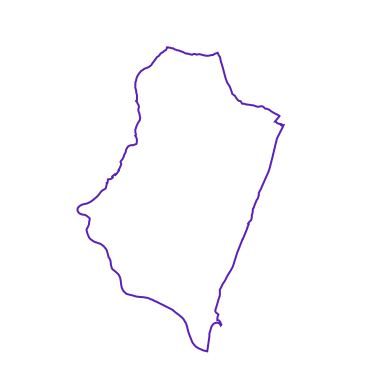 Diculesti, Vâlcea, Romania, rotated 313°
{"feature_id": "2599482B34866762806062", "entity_name": "Diculesti", "entity_type": "district", "adm_level": 2, "iso_a3": "ROU", "parent_name": "Romania", "parent_adm1": "Vâlcea", "projection": "orthographic", "projection_center": [24.005, 44.61], "detail": "fine", "context": "isolated", "style": "outline", "palette": "violet", "viewbox_px": 384, "rotation_deg": 313, "n_neighbors": 0, "source": "geoboundaries", "source_scale": "gbopen_adm2", "svg_char_len": 5950}
<svg xmlns="http://www.w3.org/2000/svg" viewBox="0 0 384 384"><g transform="rotate(313 192 192)"><path d="M307.2,204.2L307.1,202.7L306.1,199.6L305.5,197.3L305.3,196.1L305.0,195.0L304.8,192.2L304.5,191.5L303.9,190.1L303.7,189.6L303.1,189.0L302.9,188.6L302.9,186.2L302.7,185.4L302.4,184.6L301.8,184.0L299.2,182.1L298.1,179.9L297.5,178.4L297.1,177.6L296.0,176.2L295.0,174.6L294.2,173.6L293.5,172.5L292.9,171.8L292.6,171.1L292.3,170.3L291.9,169.7L291.0,168.8L290.8,168.4L290.9,168.0L291.5,165.8L291.4,165.3L291.3,164.9L290.6,164.1L290.5,163.6L290.5,162.5L290.7,161.9L290.8,160.3L291.2,159.2L291.6,158.1L291.4,156.8L291.4,155.8L291.2,154.7L291.5,154.1L292.8,151.8L294.3,148.9L295.0,147.3L295.5,145.3L295.9,143.6L296.6,142.0L297.0,141.2L298.1,139.0L304.5,128.8L305.8,126.5L306.5,125.4L306.7,124.8L308.1,122.7L309.3,121.2L309.8,120.4L310.0,119.3L310.2,118.5L311.1,116.3L311.3,115.8L310.3,115.3L309.5,114.9L308.3,114.3L307.3,114.0L306.6,114.0L305.9,113.4L305.6,113.0L305.3,112.7L303.9,111.9L302.1,110.4L301.3,109.4L300.2,107.7L299.6,106.5L298.4,104.4L298.0,103.6L297.1,102.8L295.7,101.7L295.4,101.4L295.3,101.1L295.2,100.7L295.1,100.3L294.3,99.3L293.7,98.9L292.8,98.6L292.5,98.5L292.2,98.1L290.6,95.2L290.2,94.3L289.4,93.4L288.9,92.7L288.8,92.1L288.3,90.3L288.2,89.7L287.2,87.7L287.0,87.0L286.6,86.2L286.2,85.3L285.6,84.6L285.3,83.9L285.0,83.0L284.7,82.5L284.4,81.6L284.3,80.5L284.1,80.1L283.5,79.4L282.6,77.6L281.9,76.9L281.4,75.6L281.1,75.3L280.9,75.1L280.7,75.1L280.4,75.1L280.1,75.4L279.9,75.6L278.7,76.0L278.1,76.1L277.6,76.0L276.5,75.5L276.1,75.5L274.3,75.4L273.8,75.1L272.3,74.7L271.5,74.6L271.0,74.7L269.8,74.9L268.8,74.9L267.1,74.5L266.4,74.4L264.1,74.8L263.5,74.7L263.2,74.7L263.0,74.8L262.6,75.0L261.8,75.0L260.0,75.2L258.9,75.3L256.9,75.7L254.1,75.2L251.5,74.1L250.3,73.4L249.5,73.1L247.3,72.7L245.7,72.2L245.3,72.2L244.1,72.4L242.7,72.4L241.1,72.7L239.6,73.0L236.8,74.1L235.1,75.3L233.9,75.6L229.7,79.3L228.1,81.9L226.2,84.1L225.4,85.6L221.8,89.0L220.4,89.0L220.4,89.6L220.3,89.8L220.5,90.1L220.2,90.8L219.8,91.4L219.5,92.1L219.3,93.0L218.9,94.1L217.8,95.4L215.9,96.3L215.0,97.2L214.3,98.3L213.4,100.1L210.8,103.7L208.7,104.9L205.6,105.4L202.3,106.5L198.7,108.2L197.1,109.8L195.7,112.0L195.2,112.1L194.5,112.0L194.3,112.9L193.8,114.3L192.6,116.2L190.0,118.2L189.6,118.4L189.3,118.5L189.0,118.5L185.8,116.8L185.2,115.9L184.2,115.2L182.2,114.3L181.1,114.2L177.9,115.0L177.4,115.2L177.0,115.6L175.8,116.3L174.9,116.6L173.5,116.9L172.0,117.5L171.3,118.0L168.5,118.8L166.2,118.9L165.5,119.1L165.2,119.2L164.9,119.7L164.8,120.1L164.4,120.9L163.9,121.3L163.5,121.6L159.8,122.9L157.9,123.3L157.9,123.9L153.9,124.4L152.3,124.4L152.5,123.5L148.9,123.0L148.6,124.2L147.4,124.1L146.4,123.8L146.0,123.6L145.3,123.1L143.9,121.9L141.2,123.9L140.4,123.4L139.9,124.1L139.0,124.7L137.6,125.4L136.9,125.9L136.1,126.3L135.0,126.3L132.3,125.5L131.5,125.3L130.3,125.2L126.3,125.7L124.1,125.7L121.8,125.5L119.0,125.1L116.1,124.6L115.0,124.3L113.3,123.6L112.9,123.4L112.3,123.2L111.9,122.9L111.7,122.8L111.0,122.4L109.5,121.3L107.9,120.3L106.7,119.8L106.0,119.6L105.0,119.4L102.8,119.3L102.5,119.4L102.0,119.6L101.1,120.2L100.6,120.7L100.2,121.3L100.0,121.9L99.6,123.0L99.6,123.9L99.8,124.9L100.1,126.0L100.8,127.3L101.8,128.6L102.3,129.6L102.6,130.6L102.8,131.8L103.0,134.7L102.7,135.4L102.0,136.0L101.5,136.3L99.8,137.3L98.7,138.3L98.3,138.5L97.9,138.8L95.7,139.6L95.1,139.8L93.6,140.1L92.5,140.6L92.2,140.8L90.4,143.7L89.4,145.7L88.6,147.8L88.4,148.4L88.3,149.8L88.4,151.0L88.7,153.1L89.1,155.0L89.9,156.4L90.8,158.6L91.4,159.8L91.9,161.6L92.0,162.5L92.1,164.9L91.6,168.3L91.5,168.7L91.0,169.8L90.6,170.3L90.2,171.1L89.5,172.2L88.3,174.2L87.9,174.8L87.6,175.1L87.4,175.6L87.2,176.7L86.9,177.5L86.6,178.3L86.3,179.1L85.7,179.7L85.4,180.1L84.9,180.7L84.6,181.1L84.0,181.8L83.6,182.1L82.8,183.3L82.2,184.4L81.8,185.0L81.3,186.2L81.4,187.8L81.5,188.7L81.5,189.5L81.6,190.6L81.6,193.8L81.4,195.3L80.8,196.6L80.6,197.4L80.0,198.3L78.1,200.9L77.1,202.0L75.0,204.6L74.2,205.8L73.2,208.1L72.9,209.3L72.7,210.4L72.8,211.8L72.8,213.4L73.6,215.1L75.9,219.2L77.4,222.3L79.1,224.7L82.2,228.6L84.1,231.5L85.0,233.3L85.3,234.8L86.2,236.4L86.7,238.9L87.7,241.2L88.1,242.9L89.7,248.1L90.6,251.4L91.1,252.9L91.5,254.4L92.2,256.7L92.5,258.2L92.6,259.1L92.6,259.8L92.7,262.4L92.8,262.8L92.9,264.3L93.2,266.3L93.2,267.8L93.4,270.1L93.3,271.5L93.2,272.6L92.6,274.6L92.2,275.6L92.1,276.7L90.4,279.9L87.5,284.2L85.5,288.0L84.0,291.2L83.2,292.9L82.4,294.5L82.0,296.0L81.6,299.3L81.5,300.3L81.7,301.6L82.4,304.1L83.8,308.1L84.8,310.0L85.9,311.8L98.1,303.3L99.0,302.5L99.7,301.9L100.4,301.2L102.6,300.2L104.4,299.2L106.5,298.2L107.5,297.9L109.3,297.7L110.8,297.8L112.2,298.4L113.3,299.2L114.0,300.2L114.3,300.9L114.4,301.5L114.4,302.1L114.3,302.8L114.2,303.6L114.0,304.0L115.1,303.9L115.4,302.6L116.1,301.6L116.4,300.2L116.4,299.2L115.8,298.1L115.6,297.9L117.2,296.4L118.1,295.9L120.4,294.9L120.4,293.3L120.2,292.8L120.2,292.0L120.4,291.2L120.7,290.4L121.0,290.1L122.0,289.4L127.8,286.6L131.0,284.9L134.6,283.3L135.3,282.9L137.8,280.7L138.9,279.6L139.3,279.1L140.3,278.8L143.2,278.0L145.6,277.2L149.7,276.6L154.0,275.3L156.6,274.7L159.7,274.1L165.2,272.8L178.1,266.6L192.1,261.1L192.2,261.3L198.4,259.0L203.5,257.0L203.5,256.9L204.4,256.4L206.9,255.6L207.2,255.4L207.0,254.6L208.9,254.3L211.6,254.4L212.3,254.2L214.3,253.0L215.5,251.8L216.6,251.2L217.8,250.6L218.7,250.1L220.0,249.0L221.1,248.1L221.5,247.9L222.5,247.9L222.9,247.8L223.3,247.5L225.4,246.6L230.1,244.8L231.9,244.6L233.0,244.2L235.2,243.0L235.6,242.7L236.1,242.1L236.5,241.8L236.9,241.5L239.2,240.8L239.8,240.8L241.2,240.3L252.6,236.3L258.8,234.2L260.3,233.5L262.3,232.6L272.5,227.0L284.0,220.5L289.2,217.6L300.3,214.4L303.4,213.3L303.0,212.9L302.7,212.4L302.1,212.3L301.9,212.2L301.7,212.0L301.7,211.8L301.7,211.4L301.9,211.3L302.5,210.9L302.4,210.6L301.6,209.8L301.4,209.3L301.1,209.0L300.8,208.4L300.5,207.0L300.5,206.3L300.6,206.0L300.3,205.2L300.0,204.7L307.2,204.2Z" fill="none" stroke="#5b21b6" stroke-width="2"/></g></svg>